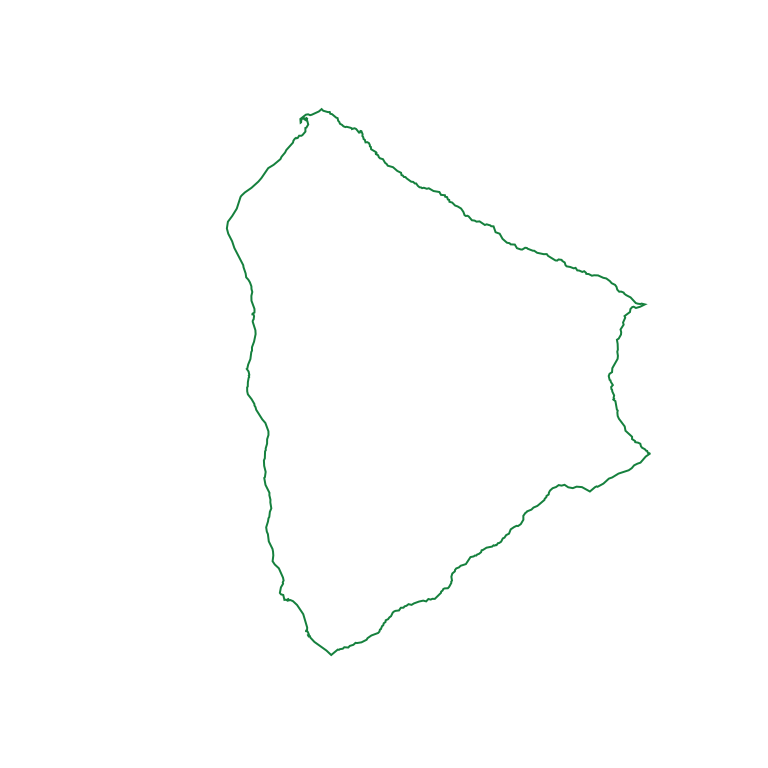 Nossa Senhora Da Conceicao, São Filipe, Cabo Verde (Albers equal-area conic projection), rotated 43°
{"feature_id": "66160863B39753348448887", "entity_name": "Nossa Senhora Da Conceicao", "entity_type": "district", "adm_level": 2, "iso_a3": "CPV", "parent_name": "Cabo Verde", "parent_adm1": "São Filipe", "projection": "albers", "projection_center": [-24.43, 14.881], "detail": "fine", "context": "isolated", "style": "outline", "palette": "green", "viewbox_px": 768, "rotation_deg": 43, "n_neighbors": 0, "source": "geoboundaries", "source_scale": "gbopen_adm2", "svg_char_len": 6153}
<svg xmlns="http://www.w3.org/2000/svg" viewBox="0 0 768 768"><g transform="rotate(43 384 384)"><path d="M530.2,618.2L531.3,609.8L532.3,609.2L532.6,608.0L534.4,605.7L534.5,603.6L537.6,601.1L537.6,598.9L539.5,595.6L539.7,592.7L540.9,591.9L543.7,588.3L545.7,582.9L545.3,581.1L546.3,576.5L549.5,570.1L549.5,568.2L548.5,566.4L548.9,565.5L547.7,562.4L548.0,561.0L547.0,559.2L547.4,557.1L546.4,555.6L547.4,553.2L547.1,551.1L547.5,549.0L546.3,545.2L546.5,543.5L547.1,542.1L549.4,539.4L548.9,536.2L550.8,534.3L550.7,532.6L551.7,530.9L552.1,528.3L554.8,526.7L555.5,524.1L558.0,519.2L560.4,515.7L563.1,514.2L563.1,511.0L565.2,509.8L565.9,508.1L567.7,506.5L568.1,497.9L567.4,496.9L567.7,495.1L567.2,493.4L567.7,492.2L570.0,489.8L570.0,488.0L568.9,483.6L568.0,482.7L567.8,481.4L564.7,479.0L563.2,476.0L563.6,472.7L562.8,471.6L562.6,469.6L563.9,467.0L564.0,464.7L566.7,459.9L565.3,451.6L567.2,448.9L567.4,447.5L568.5,446.5L568.4,445.2L569.3,443.5L569.7,440.8L568.8,439.0L569.5,438.0L570.6,433.8L574.0,429.1L574.1,427.3L575.2,426.7L575.5,425.6L576.2,425.1L575.9,422.7L576.7,421.7L577.2,419.4L576.2,415.9L576.9,414.3L576.4,411.2L577.5,408.2L575.8,403.9L576.7,399.9L577.7,397.3L578.9,396.5L579.6,393.2L578.5,388.2L575.8,385.4L575.3,381.7L575.7,380.7L575.5,379.6L577.5,375.3L577.6,372.4L579.3,368.6L580.4,359.4L579.8,358.3L579.9,356.1L579.2,355.0L579.8,352.5L578.7,351.0L578.1,348.7L578.4,345.2L580.1,342.0L580.7,338.8L583.2,337.2L584.8,334.6L589.2,333.9L593.1,331.4L594.9,327.7L599.1,324.4L607.9,322.2L608.7,315.5L609.3,313.9L610.3,313.5L612.4,307.2L613.0,299.8L614.6,296.8L616.6,289.6L621.8,280.2L622.6,276.6L622.4,272.9L623.7,269.4L625.2,266.6L624.9,258.6L625.9,253.8L625.4,253.6L624.0,254.4L622.1,253.5L621.2,254.0L619.2,253.8L616.2,254.6L614.4,254.3L612.2,252.9L609.9,253.6L607.4,255.2L606.4,254.5L603.0,255.1L601.4,253.4L592.5,253.5L589.0,250.9L579.5,249.2L576.7,248.0L574.1,245.7L573.0,244.0L571.8,243.9L564.9,238.7L562.4,239.0L562.3,237.8L561.4,237.6L560.1,235.4L556.1,233.8L554.8,232.7L553.9,232.7L552.2,231.3L552.1,228.7L548.3,227.7L547.2,226.9L546.2,227.1L542.9,224.9L542.0,222.7L542.7,219.8L540.2,216.7L537.7,206.3L535.9,203.9L532.6,201.3L531.6,199.4L527.5,195.3L524.2,192.8L524.7,190.7L523.6,186.2L522.1,184.3L519.8,182.8L518.8,177.2L516.9,176.0L515.2,171.0L513.6,170.3L514.8,163.6L513.1,161.1L513.1,158.4L513.9,157.2L516.4,156.6L518.6,152.9L520.5,147.9L517.6,149.5L516.9,150.7L514.8,152.2L512.9,153.1L505.3,152.5L500.7,153.8L498.3,154.1L496.9,153.7L494.4,154.7L493.1,156.1L490.2,155.9L487.8,154.4L485.4,153.9L481.8,155.0L479.0,154.7L474.6,155.2L471.9,156.8L466.5,158.6L463.5,161.2L462.2,163.0L458.7,164.0L456.8,165.5L455.8,164.9L453.5,165.0L452.6,166.8L449.4,167.9L447.9,169.1L444.9,168.4L443.9,170.0L440.4,171.4L437.3,173.4L435.7,173.3L433.3,171.9L430.5,172.4L429.2,172.1L426.7,173.9L426.5,175.6L425.1,176.7L416.7,178.4L414.5,178.0L412.3,180.1L406.5,183.6L403.0,184.1L402.0,185.0L396.8,187.1L395.7,187.1L394.3,188.1L393.4,191.4L392.3,192.3L388.6,194.0L384.6,192.8L381.4,195.5L379.8,195.4L377.6,196.8L371.7,197.0L366.1,195.2L362.1,196.9L356.6,194.0L354.8,195.5L353.6,195.5L350.2,197.2L349.3,198.9L343.0,199.9L340.9,202.2L338.8,202.7L336.6,204.3L331.6,203.7L330.2,204.1L329.3,205.3L327.8,205.6L324.7,204.0L320.7,203.1L316.8,203.9L314.3,205.0L310.1,204.8L307.6,206.1L306.1,204.9L304.8,205.5L302.7,204.3L301.0,205.3L299.8,204.4L296.7,206.8L293.6,205.8L288.6,209.1L283.3,210.3L282.2,212.0L279.3,213.3L278.3,214.8L277.2,214.9L275.8,215.9L273.6,216.0L270.8,215.4L269.8,216.3L267.5,216.3L265.9,217.5L260.2,218.2L258.6,218.0L257.4,219.0L255.5,218.7L254.4,219.3L252.4,217.9L248.5,219.1L242.7,219.3L237.8,221.8L236.0,221.3L234.0,221.5L229.9,220.3L227.1,221.7L225.4,221.6L223.7,220.7L221.3,221.4L220.8,221.0L220.9,220.1L219.9,219.9L214.5,221.1L212.7,219.6L211.6,219.8L210.7,218.9L208.7,218.1L206.9,218.5L205.7,219.9L203.4,218.5L202.1,218.8L200.4,217.6L199.1,217.4L198.0,215.9L195.0,214.5L194.2,215.0L194.8,216.6L194.3,217.2L189.8,216.5L188.7,216.8L187.9,217.2L186.7,219.4L186.0,219.0L184.8,219.4L181.2,221.4L180.6,222.4L178.6,223.2L176.7,223.1L174.2,223.7L172.8,222.9L170.9,222.7L168.7,221.2L167.4,221.8L162.0,222.1L160.4,223.0L158.8,222.1L157.7,223.3L153.2,225.6L150.9,225.5L150.5,229.1L147.5,236.4L146.6,237.8L144.6,238.5L143.2,240.3L142.1,247.2L144.8,249.7L144.9,249.2L143.2,246.9L143.4,244.6L146.0,243.2L146.0,242.4L146.9,242.4L147.5,243.5L146.7,244.4L148.6,244.0L151.6,245.9L152.4,249.4L151.9,250.4L154.4,253.0L154.6,257.7L154.2,258.9L152.6,260.3L153.1,262.8L152.5,263.9L151.8,264.0L151.5,265.4L151.8,267.8L152.8,269.5L153.0,279.5L153.8,282.2L154.1,287.7L154.9,290.2L153.8,299.0L152.1,305.1L153.9,317.0L154.1,321.7L153.3,330.9L151.6,338.8L151.3,343.5L151.5,345.0L156.7,356.1L158.4,364.6L159.2,371.8L163.0,377.4L167.6,380.3L175.6,383.2L181.8,386.6L200.0,393.1L201.6,394.4L207.4,397.5L210.5,400.0L213.5,400.2L216.6,401.1L220.4,403.0L222.3,404.9L224.9,406.5L226.9,410.0L230.3,413.5L238.0,417.4L239.4,418.8L240.5,420.1L239.9,422.2L240.3,422.8L241.2,422.2L242.7,423.0L244.6,425.7L244.7,426.9L245.5,428.0L253.3,432.4L256.1,435.1L260.1,441.7L262.4,447.2L264.7,449.6L265.2,451.2L269.3,456.9L271.4,462.4L273.5,466.0L273.4,466.6L276.4,467.2L279.3,469.2L279.3,470.0L280.7,470.9L280.8,471.8L283.2,475.5L286.1,478.8L286.2,479.8L289.0,482.7L291.5,484.4L297.5,485.4L302.8,487.0L304.0,488.1L305.7,488.5L308.1,490.0L319.1,492.9L323.8,493.4L331.7,497.4L334.3,500.1L336.2,504.1L339.2,507.4L341.4,511.8L342.7,513.1L342.9,514.3L347.5,519.6L348.3,521.8L352.2,525.6L357.4,529.0L360.4,533.3L360.5,534.4L366.1,538.6L374.4,541.7L376.0,543.5L379.9,546.1L381.6,548.1L386.4,551.8L387.7,555.3L390.8,559.5L391.1,561.0L392.9,563.6L395.6,569.2L399.0,571.9L401.5,573.0L407.1,577.7L415.0,580.7L417.2,582.3L420.0,584.9L423.4,589.6L427.2,590.5L432.8,590.5L442.2,594.5L444.6,596.2L445.2,598.1L446.4,598.9L447.3,603.0L450.3,607.8L452.1,608.1L454.2,607.0L458.4,609.8L458.9,609.0L460.0,608.6L460.6,606.6L461.6,606.7L461.8,607.4L462.8,605.9L465.5,604.9L471.1,604.9L481.9,607.4L493.9,614.5L495.6,616.5L495.2,617.4L495.6,617.9L496.7,617.2L497.4,617.3L499.8,618.4L499.6,619.5L501.1,620.0L501.7,619.0L503.3,619.7L509.0,620.1L523.6,618.2L530.2,618.2Z" fill="none" stroke="#15803d" stroke-width="2"/></g></svg>